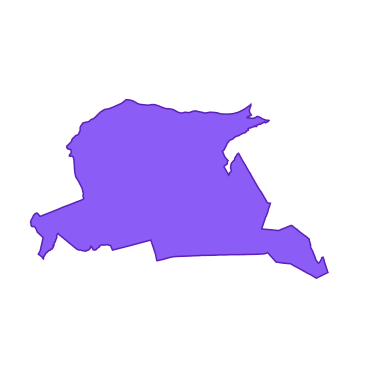 outline of Kinangop, Central, Kenya, rotated 283°
{"feature_id": "3690345B46347977633631", "entity_name": "Kinangop", "entity_type": "district", "adm_level": 2, "iso_a3": "KEN", "parent_name": "Kenya", "parent_adm1": "Central", "projection": "orthographic", "projection_center": [36.624, -0.731], "detail": "fine", "context": "isolated", "style": "filled", "palette": "violet", "viewbox_px": 384, "rotation_deg": 283, "n_neighbors": 0, "source": "geoboundaries", "source_scale": "gbopen_adm2", "svg_char_len": 5996}
<svg xmlns="http://www.w3.org/2000/svg" viewBox="0 0 384 384"><g transform="rotate(283 192 192)"><path d="M266.5,163.5L266.4,162.2L266.6,160.8L266.9,159.3L267.8,156.5L268.1,155.0L268.1,153.5L267.9,150.5L267.4,147.9L267.4,146.8L267.9,143.5L268.0,142.1L268.3,140.9L268.5,138.8L268.7,137.6L268.6,135.4L268.3,133.6L267.7,132.0L267.3,131.5L266.8,129.9L266.1,125.4L265.8,122.5L265.7,121.0L265.9,119.4L266.3,118.0L267.4,114.5L267.6,112.1L267.6,110.1L267.2,107.0L266.7,106.7L263.3,104.1L262.1,102.9L261.7,102.3L257.6,96.9L255.1,93.3L254.4,92.2L253.7,90.8L253.3,89.4L252.9,88.6L252.5,88.0L249.2,84.7L242.7,80.6L241.0,79.2L240.5,78.2L239.9,77.4L239.2,76.8L238.3,76.4L237.7,75.8L236.7,74.4L236.5,73.6L235.8,72.3L235.0,70.5L234.4,70.0L233.8,69.7L232.4,69.4L231.6,68.9L230.0,68.5L229.2,68.6L226.6,69.2L226.0,69.0L223.0,68.5L221.9,67.7L221.5,67.2L221.3,66.6L220.8,66.0L219.8,65.3L219.1,65.0L218.0,64.1L216.9,63.5L216.0,63.2L215.2,63.3L213.6,62.9L212.8,62.5L212.0,61.9L209.8,60.6L209.1,60.0L208.4,59.6L207.5,59.8L206.1,61.0L206.0,62.3L206.2,63.1L205.9,64.5L204.7,65.0L203.5,65.5L202.7,65.3L201.8,64.9L201.1,64.6L200.4,64.3L199.5,64.4L199.3,65.0L199.5,65.7L199.9,66.4L200.0,67.1L199.8,67.9L198.9,68.6L196.6,69.8L193.5,70.7L189.6,71.9L187.5,72.5L185.9,73.0L184.6,73.5L180.9,75.2L180.2,75.7L179.6,76.4L177.9,78.1L176.7,79.2L171.0,84.0L168.5,85.3L167.8,85.5L166.1,86.6L164.9,86.5L164.1,86.5L163.3,86.8L162.5,87.2L161.3,88.0L160.5,87.6L159.9,86.9L159.4,86.3L157.2,83.1L156.7,82.2L156.4,81.6L155.8,81.0L155.1,80.0L151.4,74.6L148.4,70.0L143.0,62.5L134.4,50.0L134.1,49.3L136.3,46.6L136.6,45.5L136.1,44.6L135.6,44.0L133.6,42.9L132.5,42.6L131.8,42.7L129.5,41.9L128.5,41.6L126.5,41.4L125.6,41.9L124.8,42.3L124.2,42.4L122.6,43.2L122.4,44.3L122.6,45.2L122.8,45.9L122.5,46.7L121.5,47.9L119.6,49.3L118.1,50.3L114.1,57.2L100.7,57.3L96.9,56.2L94.8,60.8L94.1,61.1L93.7,61.5L93.4,62.3L95.1,62.1L96.0,62.2L96.6,62.7L97.3,62.8L98.2,63.1L98.9,63.0L99.5,63.4L100.3,64.2L101.2,64.6L101.8,65.2L102.7,65.5L103.0,66.1L103.1,66.7L103.6,67.2L104.3,67.2L104.7,67.7L105.0,68.4L105.7,68.8L106.5,69.0L107.0,69.2L108.3,68.7L108.7,69.5L109.6,69.0L110.5,69.4L111.6,69.3L112.6,69.9L113.4,69.9L114.1,70.1L114.9,69.9L115.8,70.3L117.1,70.5L117.9,70.4L119.0,69.9L121.3,70.6L110.2,93.0L110.2,93.9L110.0,95.2L110.3,95.9L110.5,96.8L110.1,98.7L110.5,100.3L110.3,101.0L110.4,101.6L110.8,102.2L111.4,102.8L111.6,103.4L113.0,104.9L113.8,105.3L116.4,105.8L115.8,106.8L115.0,107.3L114.3,108.0L113.4,108.7L113.6,110.2L113.8,111.1L116.6,113.0L117.4,113.8L118.0,114.4L119.1,114.3L119.6,114.9L120.2,115.7L120.1,116.5L120.3,117.5L120.8,119.3L121.5,120.9L121.6,121.9L121.4,123.2L121.6,124.0L121.5,124.7L117.5,127.6L125.2,142.5L135.9,162.7L123.3,170.4L117.3,173.1L117.3,173.8L119.9,179.1L123.9,186.4L124.5,187.8L125.5,190.7L129.4,205.2L130.3,208.1L131.7,213.6L132.3,215.3L132.9,217.7L133.3,219.4L134.9,226.0L135.7,229.0L137.0,233.3L138.0,237.8L139.4,242.8L140.7,248.4L142.6,256.2L143.5,259.5L145.2,266.5L146.4,270.9L147.9,276.0L148.2,276.8L148.8,277.6L149.9,279.4L142.7,289.6L143.1,295.8L143.9,302.0L144.3,304.0L143.1,307.8L142.1,311.6L138.6,323.7L138.3,325.5L136.0,332.5L144.2,342.6L145.0,342.0L149.9,339.1L152.1,337.7L154.2,336.5L156.3,335.5L158.0,334.3L157.3,333.3L156.6,333.2L155.8,333.2L155.0,333.0L153.4,332.6L152.2,332.0L151.6,331.8L151.2,331.2L151.7,330.3L153.3,328.5L153.9,327.9L157.3,325.8L159.6,324.1L161.3,323.0L163.0,321.6L164.2,320.5L164.9,320.0L165.5,319.8L167.4,319.4L169.7,318.1L170.9,317.3L172.3,316.9L173.5,314.8L174.5,312.8L175.1,311.1L177.2,306.4L178.8,303.3L179.3,302.7L179.4,301.9L180.9,298.6L181.7,297.2L181.8,296.4L181.4,295.7L180.9,294.9L176.8,289.1L176.0,287.8L173.9,285.1L173.0,278.0L172.9,277.2L172.7,275.5L172.0,270.8L171.8,268.2L178.4,268.8L182.7,269.3L184.1,269.3L185.3,269.8L187.8,270.1L190.5,270.4L192.2,270.3L196.5,270.8L198.7,270.9L198.5,269.8L198.4,268.0L204.9,261.9L207.1,259.9L209.9,256.7L220.1,247.2L223.5,244.3L224.8,242.8L230.0,238.1L234.3,233.9L235.8,232.6L237.5,231.0L239.3,229.6L240.1,228.4L239.2,227.6L238.4,227.4L237.7,227.3L235.5,226.3L234.4,226.1L232.7,226.2L231.7,225.4L230.6,224.8L229.6,224.3L228.9,224.0L227.5,223.8L225.9,224.0L224.9,224.0L223.2,224.6L222.1,225.4L221.2,225.5L220.1,225.0L219.3,224.4L218.7,224.1L217.3,224.3L216.6,224.1L223.9,217.4L225.0,218.0L225.9,218.9L226.6,219.5L227.3,220.0L229.3,219.7L230.1,219.7L230.7,220.1L232.4,217.6L233.1,216.7L233.9,215.9L234.6,215.3L237.6,213.2L238.5,212.6L239.6,213.4L240.3,213.8L244.6,214.9L245.5,215.1L246.2,215.2L247.3,215.4L248.7,216.0L249.5,216.5L250.5,216.8L251.2,217.4L251.5,218.0L252.2,219.1L252.9,219.9L253.7,220.4L254.8,221.2L255.3,221.7L256.6,223.1L257.0,224.0L257.1,224.6L257.8,225.2L259.5,227.0L260.2,227.8L260.9,228.8L261.7,230.5L262.1,230.9L263.1,231.2L264.0,231.7L264.5,232.8L265.1,233.1L266.5,232.4L266.9,232.9L267.2,233.8L268.1,235.4L268.8,236.0L269.1,236.5L269.3,237.5L269.9,237.9L270.7,238.1L270.6,238.8L270.1,239.4L270.3,240.1L270.9,240.4L271.6,240.3L272.2,240.7L272.5,241.5L273.3,242.1L273.1,242.8L273.6,243.8L274.6,244.3L274.8,245.0L275.4,245.4L275.8,246.5L276.5,246.7L276.2,247.4L276.0,248.3L277.0,249.4L277.6,250.1L278.9,251.0L279.2,250.4L278.8,249.7L278.7,248.0L279.0,244.8L279.2,244.1L279.3,243.3L279.7,242.6L280.0,241.6L280.4,239.5L280.3,238.5L279.8,237.9L279.2,237.5L278.7,236.8L277.8,235.5L277.5,234.7L277.3,233.7L277.2,232.0L276.7,229.2L277.6,229.1L278.2,229.8L279.3,231.5L280.2,232.6L281.0,231.8L282.2,230.5L283.7,229.7L285.4,229.5L287.1,229.6L288.0,229.8L289.1,229.9L290.0,229.9L290.6,229.6L290.0,229.3L286.8,226.5L284.7,224.6L283.6,223.4L281.4,220.8L279.6,218.4L278.7,216.5L278.3,215.9L277.9,215.1L277.0,212.9L275.8,208.9L275.6,207.7L275.1,205.4L274.7,203.2L274.6,201.9L274.7,200.2L274.9,199.1L274.8,198.0L274.2,193.6L273.9,192.5L273.9,191.8L272.6,188.9L271.8,186.5L271.8,185.8L271.9,185.0L271.9,184.1L271.8,180.8L271.8,179.9L271.9,177.9L271.7,177.0L271.5,176.1L270.9,174.7L269.1,172.0L268.8,171.4L268.5,170.6L268.3,167.8L267.9,166.6L267.4,165.8L267.0,165.2L266.5,163.5Z" fill="#8b5cf6" stroke="#5b21b6" stroke-width="1.5"/></g></svg>